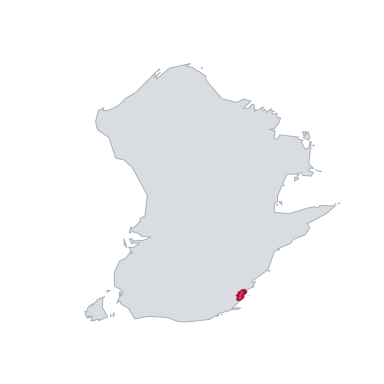 location of Gladstone, Queensland, Australia, rotated 73°
{"feature_id": "25037944B21166714819483", "entity_name": "Gladstone", "entity_type": "district", "adm_level": 2, "iso_a3": "AUS", "parent_name": "Australia", "parent_adm1": "Queensland", "projection": "equal_earth", "projection_center": [151.305, -24.018], "detail": "fine", "context": "in_parent", "style": "filled", "palette": "rose", "viewbox_px": 384, "rotation_deg": 73, "n_neighbors": 0, "source": "geoboundaries", "source_scale": "gbopen_adm2", "svg_char_len": 7269}
<svg xmlns="http://www.w3.org/2000/svg" viewBox="0 0 384 384"><g transform="rotate(73 192 192)"><path d="M252.0,70.0L256.0,90.9L260.6,89.9L265.9,96.1L266.9,108.7L270.1,113.1L271.0,124.8L273.3,130.9L288.6,142.1L294.6,160.4L296.3,161.3L296.6,158.1L299.9,161.4L300.4,159.8L301.8,169.0L303.8,171.8L308.1,174.6L316.4,190.1L316.0,200.3L319.0,212.5L314.7,235.1L311.8,243.3L304.7,252.4L298.1,270.3L296.7,283.6L284.6,286.8L278.7,292.4L274.9,292.9L276.1,296.1L270.1,291.4L270.9,290.3L270.5,289.2L269.4,289.1L267.5,291.2L266.1,289.9L268.4,288.0L267.0,286.5L259.3,293.6L246.7,290.1L236.7,281.4L236.0,274.6L231.2,268.3L233.1,268.6L232.9,266.7L226.5,268.6L228.2,263.9L225.3,257.1L223.3,264.9L218.6,265.6L219.2,263.1L221.4,263.1L224.1,252.4L222.8,244.4L219.9,252.8L215.3,256.0L212.3,261.0L213.0,263.6L211.0,263.3L207.7,260.4L209.6,260.4L207.9,255.5L204.6,249.8L202.0,249.1L201.3,244.1L181.9,235.6L150.7,242.1L141.1,247.9L137.4,255.1L115.5,255.6L104.7,264.2L96.5,263.6L86.7,257.8L85.7,251.9L88.1,252.9L89.5,249.3L88.0,237.2L83.1,228.0L80.3,216.4L67.1,191.9L71.4,194.5L68.2,187.0L70.4,191.4L73.6,192.8L66.9,177.3L68.7,155.7L69.9,160.8L73.0,155.2L84.8,145.2L89.3,145.8L111.5,136.2L119.3,123.4L118.3,115.0L122.5,109.0L126.8,118.4L128.6,113.2L125.9,109.5L126.5,107.2L134.1,108.7L131.7,107.8L133.1,104.1L131.6,100.8L135.6,100.4L134.1,97.9L137.4,97.6L136.1,94.1L138.8,90.1L139.1,92.5L141.4,92.2L141.5,87.7L144.9,89.3L146.9,85.6L150.6,88.1L155.6,94.4L154.9,99.4L158.0,94.6L165.0,97.8L166.3,95.1L163.1,91.3L170.6,74.2L172.2,75.3L174.9,71.0L175.9,72.8L184.1,71.5L183.8,67.4L178.1,64.3L179.0,63.3L199.2,72.1L204.9,68.9L203.5,72.3L206.0,74.1L208.9,70.1L211.6,73.5L208.6,81.1L205.2,81.8L205.5,87.3L202.5,95.9L220.8,111.4L225.8,113.0L227.4,116.7L235.5,119.2L241.1,105.8L241.2,86.1L242.0,78.7L244.0,76.9L242.4,73.5L247.2,59.1L252.0,70.0ZM266.6,307.8L276.0,311.5L286.9,309.2L287.8,319.4L287.0,317.6L286.0,319.8L285.8,326.5L281.9,323.7L279.6,329.8L274.9,329.4L275.8,327.7L271.6,324.8L269.8,319.6L271.6,320.5L267.1,313.2L266.6,307.8ZM168.8,63.4L174.5,63.3L176.3,65.5L172.6,69.8L168.8,63.4ZM216.8,270.8L226.2,270.5L222.3,272.2L216.8,270.8ZM210.4,86.2L211.6,90.4L208.0,89.7L208.5,86.7L210.4,86.2ZM315.8,188.3L315.6,183.6L317.0,179.7L317.6,182.5L315.8,188.3ZM284.2,301.7L287.3,302.6L287.4,304.0L284.2,301.7ZM168.2,64.6L170.4,68.8L166.7,68.6L168.2,64.6ZM263.1,302.3L261.3,302.0L262.2,299.5L263.1,302.3ZM230.1,109.7L228.4,110.9L226.7,111.6L227.5,109.3L230.1,109.7ZM66.9,190.8L65.3,188.6L65.0,186.4L66.9,190.8ZM286.7,305.4L287.9,306.4L285.6,305.6L286.7,305.4ZM303.0,169.6L304.3,169.6L304.3,171.7L303.0,169.6ZM271.4,124.6L273.0,125.9L272.7,126.6L271.4,124.6ZM281.9,327.4L282.1,329.0L280.9,328.5L281.9,327.4ZM318.0,202.1L318.1,204.6L317.9,204.6L318.0,202.1ZM183.4,63.2L182.4,62.0L183.0,61.4L183.4,63.2ZM210.1,63.4L208.7,65.5L210.3,61.8L210.1,63.4ZM318.2,199.0L317.6,199.8L318.0,198.9L318.2,199.0ZM213.0,102.3L212.2,102.7L212.6,101.7L213.0,102.3ZM207.5,86.0L206.5,86.3L207.1,84.9L207.5,86.0ZM76.7,145.3L76.6,147.0L76.1,146.9L76.7,145.3ZM245.5,58.1L245.5,59.6L245.1,58.5L245.5,58.1ZM269.5,289.8L269.7,290.5L269.4,290.3L269.5,289.8ZM208.4,66.1L206.5,67.6L208.4,65.8L208.4,66.1ZM136.1,92.0L135.5,93.0L135.9,91.8L136.1,92.0ZM282.5,326.2L281.9,326.5L282.2,325.9L282.5,326.2ZM229.4,114.7L228.4,114.6L228.9,113.8L229.4,114.7ZM132.6,99.6L132.1,100.2L132.0,98.9L132.6,99.6ZM286.8,322.7L286.0,323.2L286.3,322.3L286.8,322.7ZM246.1,54.2L246.0,55.2L245.5,54.7L246.1,54.2ZM269.0,290.8L269.9,291.6L268.5,291.4L269.0,290.8ZM290.4,142.0L289.7,142.1L290.0,140.9L290.4,142.0ZM296.0,157.9L295.7,158.0L295.9,157.1L296.0,157.9ZM267.0,306.6L266.8,307.2L266.5,306.4L267.0,306.6Z" fill="#d9dde1" stroke="#a8b0b8" stroke-width="1"/><path d="M302.7,177.6L302.8,177.3L302.8,177.0L302.9,176.9L303.0,176.9L303.1,177.1L303.4,177.3L303.6,177.6L303.7,177.4L303.8,177.5L303.8,177.9L303.8,178.2L304.1,178.1L304.3,178.0L304.3,178.4L304.2,178.4L304.3,178.9L304.1,178.8L304.1,179.0L304.2,178.9L304.4,179.2L304.6,179.1L304.8,179.0L305.0,179.0L305.2,178.7L305.4,178.8L305.4,178.6L305.5,178.6L305.6,178.3L305.8,178.1L305.9,178.4L306.0,178.5L306.2,178.8L306.2,179.0L306.2,179.4L306.3,179.5L306.6,179.5L306.8,179.7L307.1,179.4L307.4,179.8L307.5,180.1L307.5,179.8L307.8,179.8L307.9,180.0L308.1,180.1L308.1,180.3L308.4,180.1L308.4,179.8L308.6,179.8L308.6,179.7L308.9,179.5L308.9,179.3L309.1,179.3L309.1,179.1L308.9,179.0L308.9,178.8L308.9,178.7L309.0,178.7L308.9,178.5L309.0,178.2L309.1,177.9L309.3,178.1L309.5,177.9L309.4,177.8L309.2,177.2L308.8,175.6L308.6,175.4L308.4,174.8L308.4,175.1L308.2,175.4L308.3,175.0L308.1,175.1L307.9,174.8L307.8,174.7L307.7,174.7L307.8,174.6L307.7,174.1L307.6,173.7L307.5,173.9L307.5,174.0L307.4,174.0L307.3,174.3L307.4,174.2L307.3,173.9L307.2,173.7L306.9,173.4L306.7,173.4L306.6,173.7L306.8,173.7L306.9,173.8L307.0,174.0L307.1,174.3L307.1,174.5L307.1,174.3L306.9,174.2L306.9,174.3L306.8,174.1L306.7,174.1L306.7,173.9L306.5,174.0L306.4,173.9L306.3,174.2L306.5,174.2L306.5,174.3L306.4,174.2L306.4,174.5L306.4,174.4L306.3,174.5L306.3,174.3L306.3,174.5L306.3,174.3L306.1,174.3L306.1,174.2L306.1,173.9L306.3,173.9L305.8,173.5L305.6,173.5L305.8,173.9L305.9,174.1L305.7,174.1L305.8,174.1L305.7,174.1L305.7,173.9L305.7,174.0L305.6,173.8L305.5,173.5L305.2,173.1L304.8,172.5L304.8,172.4L304.6,172.4L304.6,172.2L304.4,172.2L304.0,172.1L303.9,172.0L303.9,171.9L304.0,171.8L303.9,171.8L303.9,171.6L303.7,171.7L303.8,171.5L303.8,171.3L303.7,171.1L303.6,170.8L303.5,170.7L303.4,170.7L303.1,170.5L303.0,169.9L302.7,169.8L302.6,170.3L302.4,170.4L302.6,170.2L302.6,169.8L302.4,169.7L302.1,170.0L301.9,170.4L301.7,170.3L301.8,170.5L301.7,170.5L301.8,170.6L301.7,170.7L301.7,170.8L301.8,170.7L301.8,170.8L301.7,170.8L301.8,170.9L301.7,170.9L301.7,171.1L301.5,171.3L301.4,171.4L301.4,171.6L301.1,171.6L300.8,171.8L300.7,171.9L300.6,172.0L300.5,172.3L300.3,172.2L300.3,172.3L300.5,172.7L300.4,172.8L300.6,173.0L300.8,173.1L301.0,173.5L300.9,173.6L300.9,173.9L301.0,174.1L301.1,174.5L301.4,174.8L301.5,174.8L301.7,175.1L301.6,175.3L301.6,175.7L301.4,175.9L301.5,176.0L301.5,176.3L301.4,176.6L301.5,176.7L301.8,176.7L302.0,176.6L301.9,176.8L302.0,177.0L302.3,177.2L302.5,177.0L302.6,177.5L302.7,177.6ZM304.6,171.6L304.6,171.9L304.7,171.6L304.8,171.6L304.7,171.4L304.6,170.9L304.5,170.7L304.5,170.8L304.4,170.7L304.3,170.3L304.3,169.2L304.2,169.4L304.2,169.5L303.8,169.5L303.6,169.3L303.4,169.2L303.4,169.3L303.3,169.2L303.2,168.9L303.2,169.0L302.9,169.0L302.7,169.3L302.8,169.4L302.9,169.8L303.0,170.0L303.1,170.4L303.4,170.6L303.5,170.6L303.7,170.8L304.1,171.8L304.3,171.8L304.4,171.7L304.5,171.7L304.4,171.5L304.5,171.5L304.6,171.6ZM305.1,172.4L305.2,172.6L305.3,172.5L305.2,172.0L305.0,171.8L304.9,171.5L304.9,171.9L305.0,172.0L305.1,172.3L305.1,172.4ZM305.6,174.0L305.6,173.9L305.5,174.0L305.6,174.0ZM307.2,167.6L307.3,167.7L307.2,167.6ZM306.2,174.3L306.3,174.3L306.2,174.2L306.2,174.3ZM306.9,174.0L307.0,174.0L306.9,174.0ZM303.8,168.5L303.7,168.5L303.8,168.5ZM306.9,174.0L306.9,173.9L306.9,174.0ZM305.8,173.9L305.8,174.0L305.8,173.9ZM304.5,171.7L304.5,171.8L304.5,171.7ZM305.7,174.0L305.7,173.9L305.7,174.0ZM304.6,171.9L304.6,172.0L304.7,171.9L304.6,171.9ZM304.1,169.4L303.9,169.4L304.1,169.4ZM304.4,172.0L304.5,172.0L304.4,171.9L304.4,172.0ZM307.7,167.3L307.8,167.2L307.7,167.3Z" fill="#f43f5e" stroke="#9f1239" stroke-width="1.5"/></g></svg>